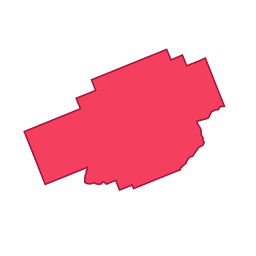 Chouteau, Montana, United States of America, rotated 338°
{"feature_id": "52423323B43450908870272", "entity_name": "Chouteau", "entity_type": "district", "adm_level": 2, "iso_a3": "USA", "parent_name": "United States of America", "parent_adm1": "Montana", "projection": "robinson", "projection_center": [-110.325, 47.861], "detail": "fine", "context": "isolated", "style": "filled", "palette": "rose", "viewbox_px": 256, "rotation_deg": 338, "n_neighbors": 0, "source": "geoboundaries", "source_scale": "gbopen_adm2", "svg_char_len": 900}
<svg xmlns="http://www.w3.org/2000/svg" viewBox="0 0 256 256"><g transform="rotate(338 128 128)"><path d="M155.1,186.2L160.8,186.4L162.1,184.7L169.2,182.1L169.2,181.2L174.2,178.0L177.2,178.5L180.1,176.5L186.4,172.5L190.9,172.1L193.2,170.0L193.1,166.8L193.9,165.2L193.3,161.5L194.5,158.9L195.1,155.8L194.1,150.2L194.5,147.5L203.0,148.7L206.4,148.8L211.1,144.5L215.7,143.9L218.5,144.8L221.3,142.8L225.6,144.0L225.6,126.7L225.9,92.1L219.2,92.4L205.8,92.3L205.8,90.5L205.8,80.7L193.4,81.0L193.3,69.6L175.8,69.6L170.7,69.6L112.2,69.6L112.1,81.0L98.5,81.0L91.1,81.0L91.1,92.3L30.4,92.4L30.4,111.4L30.1,149.3L75.4,149.3L74.6,151.5L73.4,151.8L72.3,154.5L71.1,155.0L69.0,158.7L67.6,162.4L69.6,164.5L72.5,165.8L76.0,165.9L76.4,166.9L79.3,169.1L82.4,169.8L84.3,168.5L85.4,169.1L87.0,172.0L97.0,172.0L96.9,182.4L110.4,182.4L110.5,186.3L155.1,186.2Z" fill="#f43f5e" stroke="#9f1239" stroke-width="1.5"/></g></svg>